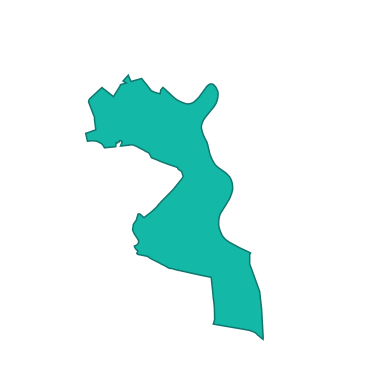 outline of Duong Kinh, Hải Phòng, Vietnam, rotated 30°
{"feature_id": "81297802B62167717430855", "entity_name": "Duong Kinh", "entity_type": "district", "adm_level": 2, "iso_a3": "VNM", "parent_name": "Vietnam", "parent_adm1": "Hải Phòng", "projection": "natural_earth1", "projection_center": [106.703, 20.785], "detail": "fine", "context": "isolated", "style": "filled", "palette": "teal", "viewbox_px": 384, "rotation_deg": 30, "n_neighbors": 0, "source": "geoboundaries", "source_scale": "gbopen_adm2", "svg_char_len": 3291}
<svg xmlns="http://www.w3.org/2000/svg" viewBox="0 0 384 384"><g transform="rotate(30 192 192)"><path d="M327.2,284.1L326.5,282.6L310.7,258.4L300.2,244.2L278.0,225.5L273.2,217.3L273.2,215.5L264.5,216.2L262.2,216.4L261.1,216.5L257.6,216.6L249.1,216.8L244.4,216.3L240.0,214.7L235.2,211.1L231.9,207.7L229.5,203.6L228.1,199.8L227.4,196.7L227.9,180.7L227.8,178.2L227.1,173.6L226.1,170.0L225.5,168.7L223.8,166.0L222.3,164.1L220.1,162.1L218.6,161.0L217.3,160.2L216.0,159.8L213.9,159.1L212.3,158.7L210.1,158.4L207.5,158.2L204.8,157.9L202.5,157.7L199.8,157.2L197.6,156.4L193.1,153.8L188.7,150.4L182.3,143.6L180.2,141.5L175.8,138.7L172.6,136.4L170.0,133.9L168.2,132.0L167.1,130.0L166.4,127.6L166.0,124.6L166.1,121.4L167.4,112.9L168.3,108.0L168.5,105.0L168.5,104.2L168.4,102.4L167.9,99.8L167.1,97.3L165.8,94.4L164.3,92.2L162.5,90.9L160.9,89.7L159.7,89.2L158.0,88.5L156.8,88.3L155.8,88.3L154.9,88.7L154.1,89.1L153.0,90.4L152.4,91.9L152.0,93.6L151.6,97.2L150.7,105.7L150.4,107.1L150.0,108.8L149.4,110.9L148.5,113.3L147.9,114.5L146.7,115.9L145.7,116.8L144.0,118.1L141.7,118.8L139.0,119.3L134.4,119.7L133.4,119.7L131.8,119.6L129.5,119.3L114.6,115.9L113.9,119.2L115.3,122.9L109.8,124.3L106.4,124.6L105.7,124.5L98.9,121.7L91.6,118.9L89.1,121.5L83.9,126.8L78.4,122.7L76.8,130.4L80.6,130.4L76.5,134.7L76.4,134.9L76.7,135.9L76.3,148.7L72.4,148.1L65.0,147.0L64.2,147.0L61.8,146.5L61.0,148.9L57.8,159.3L56.8,162.5L56.8,163.1L56.8,163.8L57.0,164.7L57.3,165.6L58.1,166.3L69.2,175.3L70.5,176.3L70.7,176.5L70.8,177.1L71.1,177.8L71.8,178.7L77.6,186.2L70.6,194.4L76.1,200.3L78.8,198.3L80.8,197.1L82.3,196.4L84.2,195.7L84.4,195.7L85.7,195.5L87.8,195.4L89.9,195.5L92.0,196.2L93.3,197.0L94.1,197.5L103.3,190.9L101.6,187.1L102.7,186.8L103.0,186.7L102.9,186.0L103.2,185.5L103.9,184.9L104.1,184.6L103.7,183.6L104.5,183.2L105.3,183.0L106.2,183.5L106.6,184.4L107.1,188.0L116.6,181.0L117.2,180.8L121.0,180.2L124.3,180.2L128.8,179.9L130.8,180.0L134.6,179.8L135.2,179.9L135.8,180.1L136.5,180.5L139.7,182.5L140.1,182.6L141.8,182.3L144.7,181.8L147.0,181.6L149.9,181.2L158.8,179.7L167.0,178.0L167.4,178.1L168.0,178.8L168.5,179.0L169.1,179.2L172.1,179.3L172.8,179.5L176.6,182.8L176.6,184.7L176.6,185.4L174.8,197.0L174.7,197.9L174.3,199.8L171.0,212.6L170.2,215.4L169.7,218.1L169.2,220.5L169.1,220.9L169.3,221.0L168.0,225.8L166.7,229.7L165.9,231.8L165.4,232.9L163.8,236.8L163.3,238.1L162.9,238.2L160.0,237.5L158.6,237.2L157.4,237.3L156.8,237.5L156.3,237.9L157.2,241.8L157.8,244.3L157.6,246.8L157.4,249.0L157.5,249.7L157.7,250.1L158.1,251.0L159.3,254.1L159.9,254.9L162.6,256.9L169.5,260.4L170.3,261.2L170.9,262.4L171.1,263.4L171.0,264.5L170.6,265.7L170.3,266.1L169.1,267.6L169.6,268.3L170.2,268.6L172.3,269.7L173.1,269.9L174.0,269.8L174.4,270.0L174.8,270.4L174.8,271.5L174.8,272.7L176.1,273.2L180.2,271.8L185.9,269.9L186.1,269.9L187.5,270.2L189.8,270.3L198.5,269.8L198.8,269.7L199.5,269.7L201.5,269.8L204.7,269.5L209.8,269.5L210.8,269.3L211.9,268.8L212.7,268.4L216.0,267.6L218.8,266.8L237.4,260.9L241.9,259.5L251.3,256.3L257.1,264.3L264.0,273.9L264.7,274.8L266.0,276.5L268.0,279.3L269.6,281.6L271.0,283.9L274.3,289.3L275.4,291.2L275.6,292.2L276.0,293.2L276.1,293.9L276.4,295.7L277.9,295.2L288.4,291.4L304.7,285.3L310.7,283.2L314.0,282.5L317.3,282.2L319.9,282.9L327.2,284.1Z" fill="#14b8a6" stroke="#0f766e" stroke-width="1.5"/></g></svg>